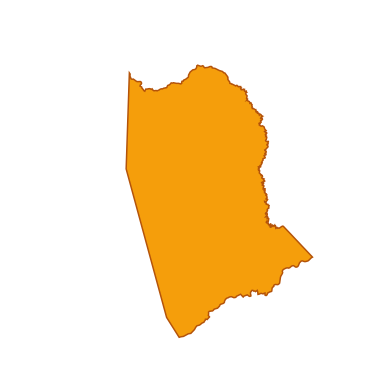 outline of Boca do Acre, Amazonas, Brazil, rotated 47°
{"feature_id": "56859067B47019915073182", "entity_name": "Boca do Acre", "entity_type": "district", "adm_level": 2, "iso_a3": "BRA", "parent_name": "Brazil", "parent_adm1": "Amazonas", "projection": "natural_earth1", "projection_center": [-67.972, -8.817], "detail": "fine", "context": "isolated", "style": "filled", "palette": "amber", "viewbox_px": 384, "rotation_deg": 47, "n_neighbors": 0, "source": "geoboundaries", "source_scale": "gbopen_adm2", "svg_char_len": 5985}
<svg xmlns="http://www.w3.org/2000/svg" viewBox="0 0 384 384"><g transform="rotate(47 192 192)"><path d="M130.2,224.4L266.4,296.1L289.5,300.5L290.3,298.9L291.8,296.7L293.2,291.4L294.6,289.3L294.3,284.0L293.5,281.7L293.2,279.6L294.3,277.6L294.6,276.5L294.7,274.1L295.4,272.1L295.0,271.1L294.8,269.8L294.2,269.0L294.9,268.2L295.6,267.9L295.3,264.4L293.3,264.2L292.7,263.2L291.1,261.8L291.1,260.7L293.0,258.0L293.0,256.8L292.8,255.7L294.4,252.5L294.2,249.6L293.6,248.4L293.6,247.8L294.8,245.1L294.9,244.0L294.8,243.6L294.0,242.6L293.3,240.7L293.5,238.5L294.0,237.7L294.3,236.2L295.4,234.6L297.9,233.4L298.7,232.2L298.9,231.7L298.6,230.6L299.9,226.2L303.7,226.2L303.6,224.8L305.0,221.7L306.8,221.4L307.8,220.9L308.2,219.9L307.5,219.2L306.5,218.8L305.3,217.6L304.8,215.3L305.5,214.5L306.5,214.5L307.1,213.7L308.2,213.5L308.4,211.4L310.2,212.3L311.9,213.6L312.4,212.8L313.2,210.6L315.0,209.5L315.2,208.4L315.7,207.5L317.1,208.9L318.2,208.5L318.4,207.4L317.5,205.4L317.9,204.4L318.0,203.2L318.7,202.4L318.9,201.3L316.9,198.9L316.7,197.7L316.8,196.5L316.1,195.9L316.1,194.9L316.6,194.0L318.3,192.4L318.5,191.3L318.4,190.1L314.8,185.6L314.2,184.6L313.2,181.4L312.6,180.5L311.6,180.1L311.1,179.2L311.0,177.9L311.6,175.7L312.0,174.7L312.7,173.8L313.5,173.3L314.0,172.3L314.1,169.9L314.5,168.8L315.2,167.9L317.4,167.5L318.2,166.8L318.6,165.8L318.5,164.6L317.1,161.6L317.0,159.3L317.6,158.3L319.5,157.3L320.4,156.3L321.5,154.2L321.6,153.1L321.5,149.6L321.8,148.3L279.6,148.6L278.9,148.8L278.4,149.9L278.0,152.8L277.1,153.5L277.0,154.0L275.9,154.0L275.8,155.5L275.2,155.3L274.6,154.5L273.6,154.0L273.3,154.7L272.7,154.3L272.8,154.8L272.5,155.1L272.4,156.1L271.8,156.0L271.4,155.6L271.1,155.7L271.6,157.4L271.5,158.4L271.0,158.7L270.2,157.8L270.3,156.6L269.0,156.2L268.8,156.5L269.0,158.1L268.6,157.9L268.0,158.3L267.4,158.1L267.1,157.6L266.3,157.3L266.0,158.2L265.2,158.5L264.7,158.3L264.3,157.2L264.5,156.8L265.4,156.6L265.5,156.2L263.9,154.1L263.1,154.3L262.8,155.2L262.4,154.9L262.5,154.4L262.3,153.8L261.4,153.5L260.4,155.0L260.1,152.9L259.7,152.2L258.9,151.7L258.4,151.6L258.4,153.1L258.0,153.1L257.6,152.4L257.8,151.5L257.1,149.5L256.6,149.5L256.0,148.7L255.9,148.3L256.2,147.2L256.1,146.7L255.7,146.7L254.5,144.9L254.1,145.3L252.8,144.9L252.0,145.8L251.4,146.0L251.1,145.8L250.9,145.3L250.1,145.2L249.5,145.7L248.8,145.6L248.4,145.3L249.7,144.7L249.1,141.8L248.6,141.7L248.2,141.9L248.3,142.4L247.6,142.6L247.0,140.6L245.6,140.1L245.1,140.2L245.1,139.2L244.2,139.0L244.2,139.5L242.4,139.2L242.1,138.9L241.8,139.2L240.9,137.9L240.7,138.4L240.2,138.4L239.6,136.4L239.1,136.5L238.4,137.9L237.5,137.1L236.7,135.3L235.8,135.1L235.4,135.2L235.4,135.8L234.8,135.9L234.6,135.3L234.4,133.5L234.0,133.4L233.2,134.7L232.7,134.8L232.6,134.2L233.6,131.4L233.1,131.2L232.3,131.5L231.7,131.4L231.6,130.4L230.8,130.7L229.8,131.4L229.3,131.3L229.0,131.0L228.8,129.9L227.9,129.4L226.8,129.5L226.9,130.1L225.4,129.7L224.0,129.8L222.6,128.0L222.3,127.9L221.7,128.5L221.2,127.6L220.9,127.6L220.6,127.0L220.3,127.4L220.1,126.7L219.7,126.5L218.9,126.4L219.2,125.5L220.0,125.2L220.4,124.8L220.0,124.2L219.1,124.4L219.0,123.9L219.3,122.9L219.2,122.4L218.7,121.7L218.7,121.2L218.5,120.9L218.1,121.1L218.1,120.5L217.7,120.5L217.5,120.1L217.1,118.1L216.4,117.9L216.1,117.5L216.1,117.0L216.9,115.5L216.6,114.9L214.6,114.5L214.5,113.9L215.1,113.1L215.2,112.6L214.9,112.2L214.7,112.6L214.3,112.4L213.5,112.4L213.4,110.4L212.5,110.0L212.2,110.3L211.2,110.4L210.9,110.2L211.2,109.1L210.9,107.7L211.0,106.3L210.5,105.3L209.2,104.8L209.0,105.1L208.6,105.1L208.3,104.7L208.7,103.5L207.4,102.5L207.4,101.9L207.0,101.7L205.8,103.1L204.7,103.2L204.4,102.9L204.2,101.8L203.1,100.1L202.3,99.8L201.9,100.2L201.8,99.7L201.5,99.9L200.5,99.4L200.8,99.1L200.5,98.7L200.1,99.0L199.9,98.4L200.0,97.3L199.6,97.0L199.0,97.0L198.5,97.6L197.2,97.6L197.6,95.9L195.7,95.9L193.5,94.9L191.8,95.3L191.4,95.6L191.1,96.5L189.6,97.0L188.9,97.1L188.6,96.0L188.0,96.4L187.5,96.2L187.5,95.6L188.1,95.3L188.1,93.9L186.8,93.5L186.6,93.1L187.1,92.9L186.8,90.8L186.3,90.6L185.1,91.5L185.0,91.1L184.7,90.9L184.9,90.4L184.5,90.3L184.3,89.8L184.7,89.3L184.3,89.1L184.5,88.7L183.6,89.0L182.5,88.8L181.6,89.0L181.3,89.3L181.7,89.7L181.7,90.3L180.2,89.5L179.8,89.5L179.7,90.0L179.0,90.4L178.1,89.4L177.6,89.6L177.6,90.2L177.3,90.5L176.8,90.5L176.1,89.6L175.3,89.2L175.1,89.6L173.6,89.9L172.3,90.8L172.1,90.4L171.6,90.7L171.2,90.6L170.6,89.7L169.7,89.5L169.6,89.1L169.2,88.9L168.8,88.9L168.8,88.5L168.3,88.6L167.0,88.1L166.6,89.0L166.3,88.5L165.6,88.6L164.8,88.4L163.9,89.0L162.5,88.7L162.3,89.2L162.2,88.4L161.8,88.0L161.5,88.4L160.9,88.4L159.2,86.1L157.3,86.0L157.0,85.6L156.2,85.3L156.1,84.7L156.3,84.2L155.9,84.3L155.4,83.5L155.0,83.5L154.8,84.4L154.1,84.8L153.5,84.6L153.2,84.1L152.8,84.2L152.6,83.7L151.8,84.3L151.8,84.8L151.4,85.2L151.4,85.7L151.1,86.0L150.5,86.3L149.7,85.7L149.6,85.3L149.3,85.6L148.9,84.8L148.1,84.5L147.9,85.0L146.9,85.6L147.0,86.0L146.4,86.4L144.6,86.4L144.0,87.9L143.5,87.9L140.3,89.1L140.1,89.5L139.3,89.5L138.4,90.2L137.2,89.4L134.1,89.0L133.3,88.1L132.8,88.0L132.7,87.6L132.0,87.3L127.4,86.8L126.4,87.5L125.9,87.4L124.2,87.7L123.7,88.1L121.7,89.2L117.4,90.8L115.0,92.6L114.1,92.1L113.2,92.4L112.5,93.3L111.7,95.4L109.8,98.0L108.8,98.1L107.9,97.8L107.0,98.0L106.5,99.1L105.8,100.0L103.1,101.4L103.0,102.5L103.8,103.3L104.5,104.9L104.4,106.2L103.2,108.1L103.0,111.5L104.1,114.7L105.5,116.3L105.2,119.7L104.5,121.8L104.9,122.9L104.2,123.7L104.6,124.7L105.5,125.4L105.3,126.5L103.4,127.7L101.9,129.3L99.4,131.1L98.9,132.2L98.0,132.8L98.3,135.1L97.5,137.2L98.4,139.3L96.7,142.1L96.5,143.2L95.7,144.0L95.1,145.1L95.0,146.2L94.2,148.6L93.3,149.0L92.1,150.7L91.2,151.1L89.3,150.8L89.1,151.9L88.1,152.1L87.2,152.8L86.0,154.8L85.2,155.6L86.1,157.8L84.9,158.1L83.7,157.8L81.8,157.7L80.9,157.2L79.1,157.8L78.4,156.7L78.5,155.6L78.0,154.6L76.8,154.2L75.9,154.5L74.2,156.5L73.4,157.1L69.4,157.9L68.6,159.0L67.7,159.4L65.9,158.6L65.0,158.5L64.4,157.7L63.5,156.8L62.2,156.6L130.2,224.4Z" fill="#f59e0b" stroke="#b45309" stroke-width="1.5"/></g></svg>